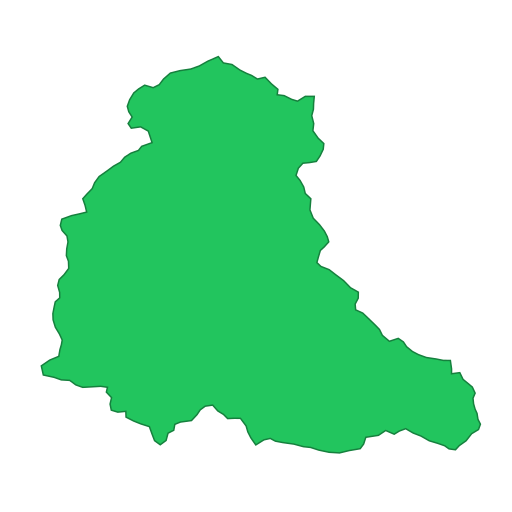 Mairiporã, São Paulo, Brazil (Equal Earth projection), rotated 268°
{"feature_id": "56859067B71773978858483", "entity_name": "Mairiporã", "entity_type": "district", "adm_level": 2, "iso_a3": "BRA", "parent_name": "Brazil", "parent_adm1": "São Paulo", "projection": "equal_earth", "projection_center": [-46.564, -23.328], "detail": "fine", "context": "isolated", "style": "filled", "palette": "green", "viewbox_px": 512, "rotation_deg": 268, "n_neighbors": 0, "source": "geoboundaries", "source_scale": "gbopen_adm2", "svg_char_len": 2653}
<svg xmlns="http://www.w3.org/2000/svg" viewBox="0 0 512 512"><g transform="rotate(268 256 256)"><path d="M107.0,106.0L104.8,112.4L105.3,120.5L99.5,120.5L95.4,127.9L92.3,134.9L89.2,143.5L81.7,145.9L75.0,148.2L70.7,153.7L74.8,159.7L82.0,161.9L84.7,167.7L90.6,169.0L92.7,174.7L93.8,185.8L99.5,191.5L104.2,194.9L107.7,200.0L108.5,207.5L102.5,212.4L98.8,218.0L94.5,222.0L94.6,228.7L94.3,234.8L86.5,240.2L80.5,241.7L74.5,244.5L67.2,249.2L72.0,257.5L73.2,263.9L70.3,268.9L68.6,276.4L66.7,287.3L63.8,296.7L62.8,303.8L59.8,312.1L57.3,322.2L56.3,332.6L58.3,342.3L59.8,353.4L64.3,357.0L71.0,359.4L72.5,372.1L77.1,379.5L73.1,387.9L76.1,393.2L78.2,399.6L73.6,406.9L70.3,414.6L65.3,422.7L62.4,431.2L59.8,437.9L56.5,442.2L55.4,448.6L59.4,452.5L64.0,459.5L70.9,465.3L74.8,472.3L80.1,474.4L85.1,472.1L91.0,471.4L95.3,469.6L100.6,468.3L106.3,467.9L111.3,470.2L117.5,467.6L125.5,458.6L132.3,455.6L131.5,447.3L136.3,447.5L144.8,446.6L145.1,439.6L146.8,432.4L148.6,422.7L151.8,414.8L155.1,409.0L160.1,403.3L165.0,400.3L168.7,395.3L166.1,386.3L172.3,379.5L178.3,376.8L182.3,373.2L187.2,368.5L195.2,360.7L198.7,353.7L204.5,353.4L210.3,356.7L216.3,357.0L221.0,349.3L228.3,342.7L234.8,334.6L239.8,328.6L243.3,320.5L247.3,316.6L252.8,318.3L259.3,320.5L262.7,324.5L267.6,329.2L272.8,327.9L278.5,325.2L285.0,320.6L291.8,314.5L300.2,311.5L311.3,312.8L316.8,307.4L323.3,306.1L329.9,302.7L335.1,298.8L342.3,301.4L347.1,306.1L347.5,312.8L348.4,319.6L353.8,323.5L360.3,326.9L366.0,327.7L371.6,322.2L379.2,317.2L386.3,318.3L394.3,316.6L400.6,318.5L406.5,318.9L413.5,319.8L413.8,310.8L409.3,302.9L411.3,297.1L415.3,289.7L416.4,282.8L421.8,283.7L427.6,277.3L434.3,271.3L432.8,263.6L436.6,257.9L438.9,252.8L442.4,246.4L448.2,238.7L450.1,230.1L456.6,225.3L452.4,214.7L447.9,206.0L445.1,197.2L443.9,186.5L441.8,176.8L436.1,169.8L430.6,165.3L427.8,159.1L430.6,150.7L427.1,144.6L423.3,139.6L416.6,135.2L410.1,132.6L404.6,133.9L399.2,137.1L392.8,132.8L388.1,135.8L389.1,145.2L384.6,152.7L378.1,154.6L372.9,156.1L369.6,145.6L365.6,142.2L363.1,134.5L359.3,128.2L354.4,123.8L350.8,116.8L346.4,110.4L340.9,102.0L334.9,97.3L329.1,94.7L323.9,89.3L319.3,84.9L312.4,87.0L305.8,88.3L304.3,81.2L302.8,73.1L299.6,63.2L293.4,61.5L288.3,63.1L282.6,67.8L276.6,68.6L269.8,67.1L263.0,66.5L257.3,68.4L250.1,68.4L244.0,63.5L239.4,58.5L233.5,56.8L226.5,58.5L221.0,58.4L217.2,53.8L212.1,52.5L205.5,51.0L199.3,51.0L191.8,53.0L185.0,56.8L178.8,59.4L174.1,58.4L169.3,56.8L162.6,55.4L159.2,46.3L153.7,37.6L144.5,39.3L141.8,50.0L139.0,57.1L138.2,65.5L133.5,71.4L130.8,78.2L131.0,87.9L131.2,96.2L130.0,103.0L125.2,101.7L119.5,106.7L113.1,105.0L107.0,106.0Z" fill="#22c55e" stroke="#15803d" stroke-width="1.5"/></g></svg>